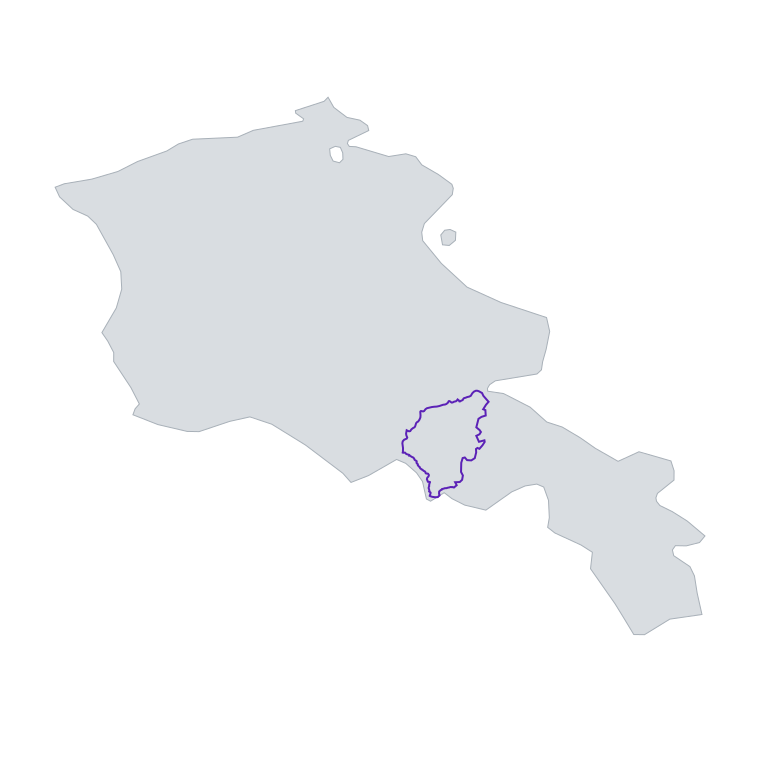 Yeghegnadzor, Vayots Dzor, Armenia (highlighted), rotated 350°
{"feature_id": "60910142B56159953902843", "entity_name": "Yeghegnadzor", "entity_type": "district", "adm_level": 2, "iso_a3": "ARM", "parent_name": "Armenia", "parent_adm1": "Vayots Dzor", "projection": "orthographic", "projection_center": [45.236, 39.785], "detail": "fine", "context": "in_parent", "style": "outline", "palette": "violet", "viewbox_px": 768, "rotation_deg": 350, "n_neighbors": 0, "source": "geoboundaries", "source_scale": "gbopen_adm2", "svg_char_len": 5253}
<svg xmlns="http://www.w3.org/2000/svg" viewBox="0 0 768 768"><g transform="rotate(350 384 384)"><path d="M334.4,475.2L328.0,464.8L296.1,430.5L266.5,404.1L246.2,393.1L225.6,394.0L193.6,398.8L181.9,396.5L154.3,384.7L131.4,370.7L134.6,365.2L139.6,361.2L134.1,343.5L121.7,314.9L123.3,306.1L119.4,293.8L115.1,284.4L133.6,262.6L142.2,245.0L144.3,227.7L139.8,209.6L128.5,176.8L121.4,167.2L108.1,158.1L97.0,143.4L94.3,133.1L103.9,131.3L131.8,131.5L158.8,128.5L180.0,122.1L210.6,116.8L223.3,111.9L238.0,109.7L282.6,115.5L299.3,111.5L349.6,111.1L350.9,108.9L344.1,102.0L344.2,99.4L374.1,95.2L378.7,91.9L382.6,102.9L393.8,115.0L406.1,120.0L412.7,126.7L413.0,131.7L391.2,137.9L389.7,140.9L391.1,144.0L397.6,145.5L428.1,160.8L445.5,161.1L454.7,165.7L459.3,174.8L473.9,187.1L485.5,199.1L486.2,203.3L484.1,209.4L451.6,233.0L447.5,241.1L447.0,249.6L461.4,275.2L482.6,303.0L513.3,324.0L555.6,346.8L556.3,361.0L549.7,378.0L544.1,389.6L541.5,397.4L536.4,400.7L494.2,400.2L487.9,403.0L485.1,406.3L484.9,409.1L500.1,414.2L523.9,432.2L537.7,449.7L552.0,457.3L568.0,471.1L581.0,484.1L601.1,500.8L623.3,495.0L653.2,509.6L654.6,519.8L652.9,529.0L634.3,539.2L632.0,543.3L632.0,546.8L634.6,551.6L645.7,559.7L658.8,571.6L673.7,589.4L667.2,594.9L653.6,595.9L642.9,593.8L639.2,597.5L639.5,603.4L653.6,617.0L656.4,626.9L656.1,644.3L657.1,666.2L624.6,665.2L597.0,676.1L586.5,674.1L579.3,655.5L573.3,640.4L555.3,601.8L560.0,585.9L550.1,576.8L526.4,560.4L520.3,553.6L523.6,544.3L525.8,527.1L523.4,513.2L517.1,509.1L505.3,508.9L491.1,512.4L462.4,525.9L442.5,517.3L431.0,508.7L424.4,501.5L409.5,507.5L405.8,504.6L405.0,486.7L400.6,477.1L391.6,465.9L383.3,460.5L352.8,471.5L334.4,475.2ZM382.6,155.6L383.5,149.2L382.1,143.4L377.3,141.5L371.3,143.0L370.8,149.5L372.6,155.6L378.6,158.4L382.6,155.6ZM479.3,254.9L472.3,258.9L465.8,257.1L465.8,247.1L470.5,243.1L475.9,243.3L481.1,246.9L479.3,254.9Z" fill="#d9dde1" stroke="#a8b0b8" stroke-width="1"/><path d="M398.3,433.5L397.1,436.8L397.1,438.6L397.6,440.7L396.9,441.7L394.1,442.4L392.5,443.7L391.8,445.5L391.6,450.4L390.9,453.9L390.5,454.8L390.8,455.0L391.0,455.0L391.6,455.1L392.2,455.1L392.7,455.2L393.0,455.6L393.3,456.0L393.5,456.4L393.7,456.7L394.0,456.9L394.5,457.2L395.5,457.7L396.2,458.0L396.5,458.2L396.3,458.7L396.3,458.9L396.6,458.9L396.9,459.0L397.1,459.2L397.4,459.5L397.9,459.9L398.2,460.1L398.6,460.5L399.1,460.9L399.6,461.2L399.9,461.4L400.2,461.7L400.3,462.0L400.6,462.5L400.8,462.7L400.8,463.3L400.9,463.8L401.1,464.1L401.6,464.6L402.1,465.0L402.6,465.5L402.8,465.8L402.7,466.1L402.4,466.6L402.5,467.0L402.4,467.5L402.5,467.9L402.7,468.1L403.0,468.2L403.2,468.5L403.3,468.9L403.4,469.3L403.2,470.0L403.3,470.2L403.6,470.5L403.9,471.0L404.2,471.6L404.6,471.8L404.8,472.2L404.9,472.9L405.0,473.3L405.3,473.7L405.6,473.9L405.9,474.2L406.0,474.5L406.4,474.9L406.5,474.9L406.9,475.0L407.1,475.3L407.4,475.7L407.8,476.3L408.3,476.7L408.9,477.0L409.2,477.6L409.5,478.0L409.5,478.3L409.5,478.7L409.6,479.2L410.1,479.5L410.6,479.6L411.0,479.7L411.4,479.8L411.9,480.1L412.1,480.8L412.4,481.5L412.1,482.2L411.6,482.9L410.5,483.7L410.1,484.2L409.8,485.0L409.7,485.3L409.9,485.8L409.9,486.3L410.1,487.1L410.2,487.7L410.4,488.0L411.1,488.1L411.7,488.3L412.2,488.5L412.2,488.8L411.7,489.5L411.4,490.1L411.0,491.1L410.8,491.8L410.8,492.4L410.5,492.8L410.1,493.6L409.9,494.1L409.9,494.8L410.1,495.2L410.1,495.3L410.1,495.5L410.1,495.9L410.1,496.6L410.2,497.2L410.0,497.4L409.8,497.7L410.0,497.9L410.5,498.4L411.0,499.0L410.9,499.6L410.4,500.6L409.7,501.8L409.6,502.1L410.2,502.6L410.9,502.9L411.7,503.4L412.5,503.7L413.3,503.9L414.3,504.3L414.6,504.3L415.0,504.5L415.4,504.5L416.0,504.6L416.5,504.6L417.2,504.7L417.6,504.6L418.0,504.2L418.6,503.8L419.2,503.5L419.4,503.2L419.4,502.7L419.3,502.3L419.1,501.8L419.3,501.3L419.4,500.6L419.5,499.9L419.7,499.4L420.1,499.2L420.4,499.0L420.7,498.8L421.1,498.5L421.6,498.3L422.1,498.2L422.5,498.1L422.6,497.8L422.7,497.6L423.1,497.5L423.6,497.5L424.6,497.4L425.3,497.3L425.8,497.2L426.4,497.3L427.2,497.4L427.8,497.4L428.2,497.3L429.1,497.2L429.9,497.2L430.5,497.2L431.3,497.0L432.2,497.1L432.6,497.3L432.9,497.3L433.4,497.5L433.8,497.4L434.9,498.1L438.0,496.3L437.0,493.1L441.6,493.7L444.3,491.9L445.8,487.8L444.6,484.0L446.4,475.0L448.6,470.6L450.8,470.4L452.6,473.4L456.7,474.4L460.5,472.8L462.9,467.4L463.3,464.0L464.9,463.2L466.7,464.4L470.3,461.5L473.1,458.5L473.1,456.9L467.5,457.4L465.9,451.1L469.3,450.1L471.1,448.1L470.1,445.9L467.4,442.7L471.0,434.7L474.3,433.3L478.7,432.7L479.3,427.3L477.3,426.1L480.9,422.1L483.9,419.7L479.8,412.9L479.0,409.9L476.0,407.5L474.6,406.8L473.2,406.6L471.3,407.1L469.4,408.4L467.4,410.7L465.8,411.2L463.7,411.3L461.9,411.7L460.5,411.8L459.7,412.2L458.9,413.3L457.9,413.7L456.6,414.0L455.7,414.4L455.2,414.2L454.8,413.1L454.7,413.0L453.8,412.0L452.8,413.0L451.8,413.5L449.9,413.6L448.4,414.1L447.3,414.0L445.9,412.5L445.1,412.1L444.6,412.3L443.7,413.5L442.0,414.5L440.6,414.8L438.6,414.7L434.6,415.3L432.0,415.4L429.4,415.1L429.1,415.1L427.2,415.0L422.1,415.3L420.5,416.0L418.8,417.6L417.7,417.8L416.0,417.1L415.4,417.1L414.9,417.7L414.5,421.3L414.0,423.3L412.7,425.3L411.1,426.9L409.9,427.3L408.8,428.2L407.5,430.8L406.6,431.9L404.8,432.5L403.0,433.5L401.7,434.9L400.9,435.0L399.9,434.7L398.3,433.5Z" fill="none" stroke="#5b21b6" stroke-width="2"/></g></svg>